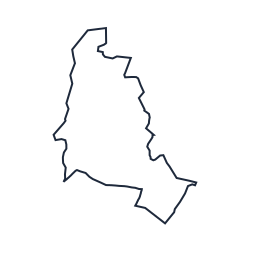 Ola Oluwa, Osun, Nigeria (Natural Earth projection), rotated 208°
{"feature_id": "59680162B48244867814587", "entity_name": "Ola Oluwa", "entity_type": "district", "adm_level": 2, "iso_a3": "NGA", "parent_name": "Nigeria", "parent_adm1": "Osun", "projection": "natural_earth1", "projection_center": [4.195, 7.728], "detail": "fine", "context": "isolated", "style": "outline", "palette": "slate", "viewbox_px": 256, "rotation_deg": 208, "n_neighbors": 0, "source": "geoboundaries", "source_scale": "gbopen_adm2", "svg_char_len": 1942}
<svg xmlns="http://www.w3.org/2000/svg" viewBox="0 0 256 256"><g transform="rotate(208 128 128)"><path d="M209.4,195.3L214.1,171.1L210.0,165.7L205.2,160.2L205.2,159.8L203.7,147.5L198.0,141.0L194.0,120.9L189.5,117.0L187.8,106.3L186.6,105.1L187.0,102.2L190.5,87.1L186.3,83.3L181.5,87.0L177.6,87.8L174.7,84.5L172.7,80.8L173.1,76.3L171.8,71.7L170.7,69.7L168.8,66.6L164.4,63.8L161.9,57.5L159.7,53.8L159.6,50.1L159.5,50.7L159.3,51.3L158.9,52.0L158.6,52.9L158.2,53.6L157.9,54.6L157.6,55.4L157.3,56.2L157.0,56.9L156.8,57.6L156.5,58.4L156.3,58.9L155.9,60.2L155.7,61.0L155.5,61.6L155.2,62.6L154.7,64.0L154.6,64.6L154.1,65.7L153.8,66.3L153.3,66.9L149.8,67.3L144.3,68.4L139.2,66.8L135.0,66.4L133.8,66.5L126.6,67.0L120.6,67.3L116.2,69.5L111.9,71.4L108.7,72.7L107.2,73.4L104.0,74.9L101.4,75.9L96.8,77.3L93.5,78.6L89.7,79.3L87.1,80.5L86.8,79.7L86.7,79.3L86.6,78.6L86.5,78.0L86.4,77.4L86.2,76.8L86.0,76.2L85.9,75.6L85.8,75.1L85.7,74.6L85.6,74.1L85.3,73.0L85.3,72.5L85.2,71.8L85.2,71.3L85.1,71.0L85.2,70.4L85.3,69.7L85.3,69.3L85.2,68.7L85.2,68.3L85.2,67.8L85.2,67.3L85.2,66.9L85.1,66.4L85.1,66.0L85.1,65.5L85.1,65.0L85.0,64.6L85.0,64.3L85.1,64.0L85.1,63.6L85.1,63.2L85.1,62.8L75.3,65.5L50.5,61.2L48.9,69.4L47.9,74.4L47.7,75.2L48.6,78.4L47.4,87.2L46.9,97.0L47.8,104.9L44.8,108.4L41.9,108.9L42.2,111.9L49.1,110.2L61.6,106.7L73.2,113.5L77.3,115.4L84.0,120.6L86.7,118.8L89.1,112.9L90.5,111.4L93.5,111.4L94.5,113.0L96.1,114.1L98.3,118.2L102.2,120.5L102.8,123.4L102.2,129.3L102.1,131.4L103.0,133.2L102.0,134.0L111.9,136.2L111.7,141.8L112.8,144.4L113.5,146.4L113.7,147.4L116.1,150.3L121.8,151.0L122.1,152.2L132.5,159.6L130.9,167.1L135.2,170.4L137.0,171.8L142.4,176.6L144.7,176.8L148.5,174.9L154.3,171.4L156.2,173.1L156.3,173.3L156.3,174.9L158.4,191.2L171.4,186.0L174.2,182.2L181.8,180.0L184.7,181.2L185.9,183.2L190.7,181.8L192.2,185.8L188.3,190.3L187.9,191.2L187.4,192.0L187.2,192.8L194.4,205.9L209.4,195.3Z" fill="none" stroke="#1e293b" stroke-width="2"/></g></svg>